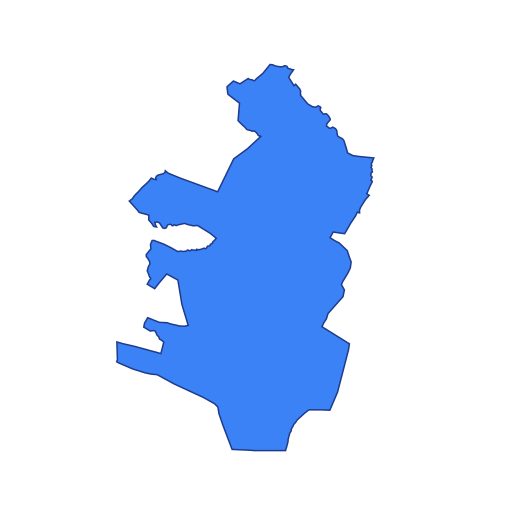 the district of Maradun, Zamfara, Nigeria, rotated 208°
{"feature_id": "59680162B87372052025364", "entity_name": "Maradun", "entity_type": "district", "adm_level": 2, "iso_a3": "NGA", "parent_name": "Nigeria", "parent_adm1": "Zamfara", "projection": "mercator", "projection_center": [6.33, 12.717], "detail": "fine", "context": "isolated", "style": "filled", "palette": "blue", "viewbox_px": 512, "rotation_deg": 208, "n_neighbors": 0, "source": "geoboundaries", "source_scale": "gbopen_adm2", "svg_char_len": 4828}
<svg xmlns="http://www.w3.org/2000/svg" viewBox="0 0 512 512"><g transform="rotate(208 256 256)"><path d="M167.2,278.2L166.9,284.2L167.0,288.0L167.3,290.3L169.2,295.4L173.3,299.1L177.8,303.4L178.1,303.6L188.7,306.6L193.6,306.5L199.2,306.9L199.1,313.4L188.2,317.3L188.0,322.0L187.8,329.3L186.9,338.1L187.1,342.3L184.9,342.6L184.7,342.7L186.0,344.7L186.4,347.0L186.5,348.7L185.8,357.4L184.5,362.7L187.4,362.9L188.1,371.6L188.2,376.0L188.7,376.7L190.3,377.0L190.3,379.2L190.4,379.9L190.6,380.2L190.9,380.5L191.6,380.6L192.4,380.8L192.7,381.4L192.8,382.2L193.2,383.0L193.4,383.6L193.1,384.0L192.8,384.5L192.8,385.1L193.7,385.9L194.0,386.5L194.3,387.1L194.9,387.7L196.0,388.2L196.2,390.3L197.2,390.9L197.4,392.1L197.6,392.9L197.4,393.9L197.8,394.6L197.8,395.7L198.0,397.9L210.6,392.7L217.3,390.2L223.5,390.0L226.2,392.9L228.2,394.9L232.5,399.1L234.7,400.1L237.4,400.1L239.8,400.1L240.9,401.0L242.6,403.2L243.2,404.2L244.3,405.2L245.9,405.8L248.7,405.8L250.1,403.9L250.7,403.5L251.7,403.3L252.7,403.6L254.7,403.7L255.5,406.1L254.9,409.0L254.4,411.0L254.9,411.9L257.7,413.7L260.4,414.6L261.9,413.9L262.8,413.1L263.9,413.1L265.8,414.0L267.5,414.7L268.5,416.0L268.3,417.2L269.0,417.8L270.1,417.8L271.6,417.8L273.0,415.6L274.0,415.0L276.7,414.3L281.8,414.6L292.2,418.8L292.4,419.8L292.6,419.9L293.0,420.1L293.2,420.4L293.3,420.8L293.5,421.3L293.7,421.7L293.7,422.2L295.8,424.0L298.3,425.0L301.7,426.3L302.4,424.2L311.0,429.1L311.0,432.5L310.3,438.0L312.4,437.3L313.4,437.3L314.7,436.9L315.4,436.9L315.8,436.6L316.1,436.7L316.8,437.4L317.8,438.0L319.1,437.8L320.3,437.3L321.4,435.5L324.0,434.2L326.5,433.4L328.4,432.8L330.9,432.7L333.5,431.7L335.7,420.4L338.9,412.6L339.5,410.1L341.0,409.6L341.8,409.8L343.4,409.3L344.7,408.8L346.2,409.1L351.0,400.5L358.1,399.9L360.7,392.9L361.0,391.8L359.6,389.5L358.6,388.4L358.3,387.6L356.6,385.6L342.3,383.2L340.3,378.5L335.4,367.1L329.9,365.4L326.2,364.5L323.9,363.5L322.4,363.5L320.8,364.0L319.2,364.3L318.1,364.3L317.7,364.8L316.9,365.0L316.3,365.6L314.7,365.4L311.9,364.4L310.8,363.6L309.6,363.5L308.6,364.0L307.9,363.9L313.9,346.7L321.3,331.3L320.0,294.7L359.4,289.2L372.4,287.9L376.1,288.7L375.6,287.0L376.6,285.0L378.9,282.9L380.6,281.3L381.4,279.5L381.2,277.8L380.0,276.5L382.1,275.9L385.1,275.6L385.4,273.4L385.7,271.8L387.2,267.3L388.8,262.9L390.1,257.3L391.2,253.9L391.4,253.0L392.0,250.1L391.9,249.5L392.0,248.5L392.8,247.0L393.1,246.1L393.1,245.5L393.6,245.0L382.1,240.8L379.6,239.6L369.8,241.8L367.7,237.5L362.9,235.6L360.3,234.1L357.4,234.9L359.6,236.5L361.1,238.3L359.0,239.7L356.7,239.9L351.5,237.0L349.6,237.5L348.5,238.7L348.6,241.9L347.6,243.1L346.8,243.6L345.9,243.9L345.1,243.7L344.2,243.4L343.6,243.7L342.7,245.4L340.8,245.3L339.8,246.5L338.8,247.5L337.5,248.5L336.5,249.5L334.2,251.3L331.3,251.7L325.8,253.1L321.9,255.5L306.9,254.5L299.4,253.0L300.1,250.0L300.7,248.6L300.8,247.6L300.4,247.2L300.6,246.7L301.2,245.4L301.8,244.9L301.5,244.0L301.7,243.2L302.5,242.5L303.5,241.9L303.5,241.4L303.4,240.3L303.7,239.1L304.2,238.6L305.5,238.6L306.3,237.7L307.2,236.6L308.7,235.3L309.8,234.5L311.1,234.2L311.4,234.1L310.9,233.4L311.1,232.9L311.9,232.7L312.7,232.7L313.2,232.2L314.2,231.7L315.8,231.4L316.2,230.4L316.7,229.5L317.7,229.3L318.8,229.4L319.5,228.7L319.9,227.6L320.4,227.0L321.3,226.7L321.8,226.1L322.7,225.7L324.0,225.4L325.6,224.4L326.5,223.8L327.0,223.2L334.3,223.4L342.7,223.2L353.6,221.8L355.0,220.9L354.5,216.4L352.1,213.0L352.6,211.3L353.2,207.7L353.6,205.7L352.4,203.8L350.6,203.2L349.4,202.4L347.6,201.3L346.0,199.4L346.0,195.9L345.1,191.9L342.4,189.6L340.2,187.6L338.5,186.9L338.3,186.1L338.7,185.0L338.8,180.0L330.1,179.6L329.0,186.2L326.4,198.2L313.7,198.1L300.4,180.7L299.0,178.8L283.3,162.9L286.2,160.4L290.5,158.4L299.3,156.0L303.4,155.3L310.0,152.1L311.9,151.8L320.7,150.9L322.7,150.7L322.9,144.3L321.7,140.5L314.0,140.1L313.1,140.9L311.9,141.7L310.6,142.4L309.5,142.3L309.1,141.7L308.5,141.4L307.8,141.1L307.4,140.7L306.5,139.8L305.6,139.4L304.7,139.2L303.5,138.7L302.4,137.4L299.4,137.2L297.0,136.7L294.2,125.2L321.2,119.1L332.3,116.1L338.5,114.8L329.7,99.4L329.4,97.2L327.1,97.1L311.5,98.4L299.0,100.8L293.1,102.5L290.5,103.6L287.6,104.8L267.8,104.6L236.1,106.4L223.2,106.1L218.7,104.7L214.7,99.4L205.6,90.9L186.3,74.0L171.2,81.2L165.5,83.7L138.5,98.1L138.9,99.2L139.1,100.4L139.3,102.0L139.9,104.0L140.0,104.7L140.2,105.7L140.6,107.0L141.1,108.3L141.7,109.5L141.9,110.9L142.4,112.1L142.5,113.6L142.9,114.7L143.0,116.0L142.9,116.8L142.8,117.4L142.9,118.4L143.3,119.0L143.5,119.6L143.5,120.7L143.6,121.1L143.4,123.4L143.5,123.8L143.6,124.9L143.1,127.0L142.9,127.8L142.9,128.3L142.7,130.5L139.4,139.8L137.1,145.0L132.6,147.4L125.9,150.9L118.4,154.5L120.1,174.2L130.3,216.7L132.3,222.3L164.5,224.5L164.8,228.7L164.3,233.4L165.4,239.0L160.1,261.0L162.0,267.5L167.2,270.9L167.4,274.0L167.2,278.2Z" fill="#3b82f6" stroke="#1e3a8a" stroke-width="1.5"/></g></svg>